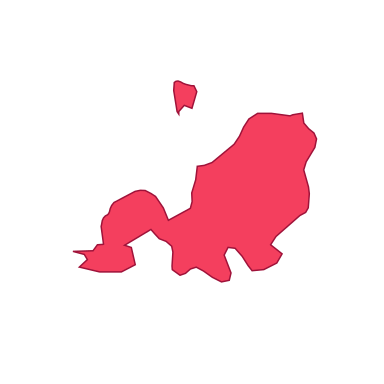 an SVG outline of Schaffhausen, rotated 150°
{"feature_id": "CHE-171", "entity_name": "Schaffhausen", "entity_type": "Canton", "adm_level": 1, "iso_a3": "CHE", "parent_name": "Switzerland", "parent_adm1": "", "projection": "orthographic", "projection_center": [8.624, 47.681], "detail": "fine", "context": "isolated", "style": "filled", "palette": "rose", "viewbox_px": 384, "rotation_deg": 150, "n_neighbors": 0, "source": "natural_earth", "source_scale": "10m", "svg_char_len": 1410}
<svg xmlns="http://www.w3.org/2000/svg" viewBox="0 0 384 384"><g transform="rotate(150 192 192)"><path d="M154.1,88.1L168.6,88.9L179.3,93.8L180.2,100.1L180.7,111.2L182.8,121.7L188.5,126.0L195.7,121.3L198.7,102.4L203.9,96.9L211.4,99.4L217.0,107.9L221.6,117.9L225.9,124.8L231.9,126.1L238.3,124.8L244.0,125.9L247.9,134.6L246.3,137.9L238.6,149.5L236.7,155.2L239.1,162.2L243.7,167.9L245.2,174.5L246.3,180.1L277.0,179.6L272.3,174.3L277.5,157.4L293.1,158.1L312.1,169.1L327.1,183.3L316.4,185.8L316.5,191.8L324.8,200.1L307.1,190.6L300.3,193.6L295.2,191.1L294.7,191.1L287.9,207.6L286.6,209.0L284.0,212.1L281.6,213.8L279.0,214.6L276.6,214.5L275.1,214.9L273.4,216.1L271.0,218.6L268.3,220.5L264.8,221.9L241.0,221.0L235.9,219.3L231.8,216.7L228.2,211.1L225.8,206.3L224.8,192.5L226.6,179.3L201.6,178.7L196.7,183.6L192.7,191.3L182.7,200.7L174.7,211.4L174.6,211.6L168.0,208.9L159.9,207.5L131.6,212.3L122.9,216.6L114.8,222.4L106.2,226.8L95.9,227.3L83.9,220.4L69.0,208.9L66.1,208.5L57.0,205.1L60.7,195.8L59.3,188.4L56.9,182.1L57.6,175.7L63.3,169.2L78.0,161.1L84.2,155.3L88.6,138.1L91.3,131.8L99.2,120.2L103.8,117.5L110.3,117.7L141.5,111.5L150.3,107.0L144.9,93.4L154.1,88.1ZM155.4,270.9L163.2,268.3L164.5,266.1L164.7,269.1L157.1,289.0L152.6,295.7L150.6,295.9L148.6,295.1L146.8,293.0L145.4,290.6L143.6,288.4L139.6,284.5L137.2,283.0L137.7,276.5L150.2,264.5L155.4,270.9Z" fill="#f43f5e" stroke="#9f1239" stroke-width="1.5"/></g></svg>